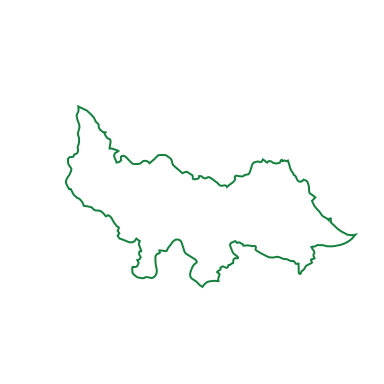 Do Luong, Nghệ An, Vietnam, rotated 320°
{"feature_id": "81297802B2130126961507", "entity_name": "Do Luong", "entity_type": "district", "adm_level": 2, "iso_a3": "VNM", "parent_name": "Vietnam", "parent_adm1": "Nghệ An", "projection": "equal_earth", "projection_center": [105.341, 18.916], "detail": "fine", "context": "isolated", "style": "outline", "palette": "green", "viewbox_px": 384, "rotation_deg": 320, "n_neighbors": 0, "source": "geoboundaries", "source_scale": "gbopen_adm2", "svg_char_len": 6092}
<svg xmlns="http://www.w3.org/2000/svg" viewBox="0 0 384 384"><g transform="rotate(320 192 192)"><path d="M94.4,215.7L94.3,217.7L95.2,222.0L96.6,223.9L98.8,226.4L100.0,227.1L101.1,227.2L102.5,227.9L104.1,229.8L105.5,231.7L106.8,232.5L109.3,232.7L110.5,232.4L113.0,231.2L114.3,229.9L115.5,228.1L117.1,225.1L118.7,222.6L122.2,218.2L123.2,217.6L125.6,217.0L126.7,217.7L128.2,217.9L128.6,217.5L129.1,216.2L129.4,215.8L131.7,217.9L133.6,220.2L134.3,220.7L135.0,220.7L137.7,219.5L142.1,218.6L144.8,217.8L148.2,217.8L149.6,218.4L150.7,219.5L151.6,220.8L151.8,222.8L151.6,223.8L150.8,226.0L147.9,232.8L147.7,234.3L147.8,235.6L151.2,246.0L151.1,247.7L150.8,248.6L149.9,249.0L146.6,248.9L143.5,250.0L139.1,252.5L137.1,254.4L136.1,256.5L136.2,258.3L137.8,263.7L138.1,268.4L139.0,271.4L141.4,270.8L144.5,270.6L146.2,270.9L148.0,271.7L151.9,274.3L155.0,277.3L156.1,275.6L157.1,274.7L158.3,274.1L160.0,273.0L160.3,272.3L160.2,271.0L159.7,270.1L159.7,269.7L159.9,269.4L160.8,269.3L163.8,269.7L164.5,269.3L165.3,268.2L167.3,268.5L168.0,269.0L169.2,271.5L169.7,272.2L170.2,272.5L171.1,272.6L173.1,271.4L174.2,272.3L174.9,272.4L175.6,272.2L176.6,272.4L177.7,272.9L180.4,270.4L181.7,270.2L182.2,270.3L184.5,272.2L185.0,272.1L185.3,271.2L185.0,269.3L184.3,266.2L184.4,264.9L184.6,263.9L185.4,261.2L186.4,258.4L187.1,257.0L187.6,256.5L189.0,256.2L189.7,256.2L192.3,257.0L192.9,257.1L193.4,257.3L193.7,258.1L193.8,259.9L195.5,260.7L196.1,261.4L196.6,263.4L197.3,264.3L196.8,266.2L200.3,268.6L203.8,272.6L205.3,273.6L205.7,274.3L205.8,274.7L205.6,275.1L205.3,275.5L203.7,276.9L203.6,277.3L203.6,278.0L205.6,283.7L208.7,291.0L210.4,292.9L211.8,294.2L215.8,296.5L217.0,298.1L218.9,301.8L219.7,302.9L221.1,303.9L221.7,304.9L223.0,307.8L223.6,308.6L225.3,310.0L225.6,311.0L225.5,314.0L227.6,315.4L222.6,321.5L221.6,323.0L221.7,323.5L222.5,324.4L223.1,324.2L224.2,323.5L225.0,323.2L227.7,323.3L228.8,323.0L230.6,322.3L232.2,321.9L237.7,323.2L238.5,323.2L238.8,322.6L239.3,320.8L239.7,320.4L240.4,320.4L241.7,321.1L243.2,321.6L244.0,319.1L244.8,318.0L246.1,317.6L247.1,316.7L247.4,315.7L247.8,312.4L248.1,310.9L249.1,311.2L250.1,312.1L251.8,312.9L253.9,313.2L258.2,317.0L260.5,320.3L263.8,323.2L266.2,324.9L272.0,328.1L276.8,329.8L280.9,330.5L284.1,330.6L286.9,330.2L289.7,329.7L287.9,328.8L285.6,326.8L283.4,324.3L282.7,322.2L281.1,318.4L280.4,316.0L279.7,312.7L279.5,310.2L278.9,305.5L279.1,304.4L281.3,301.4L281.0,301.1L280.5,301.3L279.6,300.6L279.3,300.7L278.6,301.4L278.6,300.4L278.0,298.0L276.9,295.5L276.5,293.3L276.9,290.7L276.9,288.0L276.7,284.8L276.8,281.5L277.3,279.4L278.2,275.9L283.0,275.4L282.2,271.4L281.7,269.9L281.4,268.7L281.6,267.8L283.0,265.6L284.7,263.5L285.8,261.4L286.6,259.5L287.0,257.8L286.9,257.2L286.0,255.2L285.5,254.3L284.8,254.5L283.6,254.4L282.4,254.2L281.6,253.8L280.9,253.0L280.5,252.0L280.4,251.3L280.5,250.0L281.4,247.0L281.5,246.0L281.0,244.7L281.0,244.0L281.4,243.2L281.5,242.3L281.8,239.4L282.4,237.1L284.0,233.8L285.7,229.6L284.4,229.3L284.0,228.9L283.6,228.0L283.1,227.3L281.5,226.9L281.2,226.6L281.6,225.4L280.4,224.8L278.7,225.9L277.8,226.0L276.8,225.5L274.3,223.8L273.6,222.9L272.9,221.7L272.3,219.4L271.4,218.3L270.3,217.6L269.7,217.6L268.9,217.8L268.5,217.8L268.1,217.3L267.9,215.0L267.2,212.6L266.1,213.1L264.5,213.5L263.7,213.2L263.1,212.5L262.7,211.7L262.0,210.9L259.2,209.5L258.1,209.2L256.8,209.3L255.0,210.1L252.5,211.9L249.1,213.9L247.4,214.6L246.2,214.6L244.4,213.4L243.3,212.8L241.9,212.9L240.9,212.7L238.8,210.8L236.6,208.1L235.8,207.7L235.0,207.7L234.3,208.1L233.3,209.9L231.7,210.7L229.5,210.9L224.6,210.5L222.1,210.7L222.3,210.2L222.0,208.9L221.5,208.0L219.1,206.6L218.1,205.6L217.7,204.9L217.3,203.9L217.5,202.1L215.7,194.5L215.0,192.4L214.4,191.4L213.6,190.9L211.0,190.1L210.1,189.3L209.7,188.4L209.6,187.1L209.2,185.7L207.6,184.4L206.8,185.3L205.8,185.6L204.9,185.6L202.7,184.3L201.7,183.5L201.2,182.4L202.8,180.2L203.0,179.2L201.1,173.3L199.3,172.2L196.7,171.4L196.1,167.0L195.2,162.0L194.9,159.1L195.2,157.9L196.7,154.7L197.1,153.0L196.8,151.3L195.7,147.2L194.9,146.1L191.5,143.3L189.6,142.1L184.6,142.6L177.9,142.7L178.0,141.5L177.4,139.4L176.6,138.4L175.1,137.2L174.1,136.9L171.0,137.0L168.5,135.8L165.1,132.8L164.5,131.4L164.2,128.4L163.9,122.8L163.4,121.3L162.9,120.3L161.8,119.7L160.9,119.3L160.4,119.3L159.5,120.0L158.1,122.2L157.5,122.1L155.8,122.3L154.2,121.6L153.8,121.5L153.1,120.9L153.7,119.7L154.8,115.9L155.4,114.5L156.0,113.8L157.6,112.9L158.4,112.8L161.9,113.5L162.1,113.3L159.9,109.3L158.5,107.2L156.8,105.7L157.1,105.4L161.7,101.4L162.7,100.1L163.0,99.1L162.9,98.5L161.9,96.8L161.8,95.8L161.8,95.1L162.4,91.4L162.7,90.8L164.0,90.7L162.3,88.7L162.2,88.2L161.7,85.5L161.7,84.6L162.0,82.7L163.4,80.9L163.8,80.3L163.9,79.0L163.5,76.5L163.7,75.5L164.5,72.8L164.6,72.1L164.6,68.6L163.8,62.0L159.9,53.4L158.0,56.0L156.4,57.5L153.3,58.8L152.7,59.4L152.0,60.4L150.8,62.7L149.0,67.6L148.0,69.4L146.9,70.5L142.2,73.8L141.7,74.6L140.2,77.8L139.3,79.2L137.3,81.4L135.5,82.8L134.0,83.5L133.4,84.0L131.3,87.1L129.3,88.4L128.9,88.4L127.5,88.3L126.4,87.7L125.6,87.6L124.7,88.3L123.8,88.6L122.9,88.3L120.7,86.7L119.6,86.7L118.4,86.9L117.7,87.5L116.2,89.5L115.3,91.0L115.1,91.6L114.7,95.4L114.5,96.6L114.1,97.2L112.8,98.2L109.5,99.9L106.1,100.8L103.4,102.0L101.8,103.2L101.3,104.3L100.6,106.2L99.7,110.9L100.7,111.3L101.0,111.8L99.7,117.6L99.9,120.3L100.3,122.6L101.0,124.0L101.4,125.2L101.5,126.8L101.4,129.6L100.3,133.2L102.1,135.1L105.0,138.7L105.3,139.7L105.4,142.0L106.0,143.8L108.6,146.3L109.8,148.0L110.4,151.2L110.4,155.3L111.4,155.6L112.5,155.7L113.1,156.4L113.7,158.3L113.5,160.8L112.7,164.9L112.4,169.2L113.1,172.3L110.0,174.1L109.8,176.9L107.0,177.6L106.7,179.3L106.6,181.1L107.8,182.9L111.2,189.4L112.8,191.4L114.7,192.5L116.6,192.7L119.4,191.9L120.0,194.8L120.5,196.0L118.8,196.9L117.7,198.1L117.2,198.9L115.9,202.9L115.2,204.7L114.7,204.7L113.9,203.9L113.3,203.9L112.6,204.4L111.7,205.4L111.1,207.0L111.1,208.1L110.8,208.9L110.0,209.4L108.9,209.7L107.3,209.5L106.3,209.0L105.8,211.6L105.3,212.2L102.6,213.5L101.5,213.5L100.4,213.0L99.2,212.1L98.6,211.3L98.0,211.3L97.3,211.8L94.4,215.7Z" fill="none" stroke="#15803d" stroke-width="2"/></g></svg>